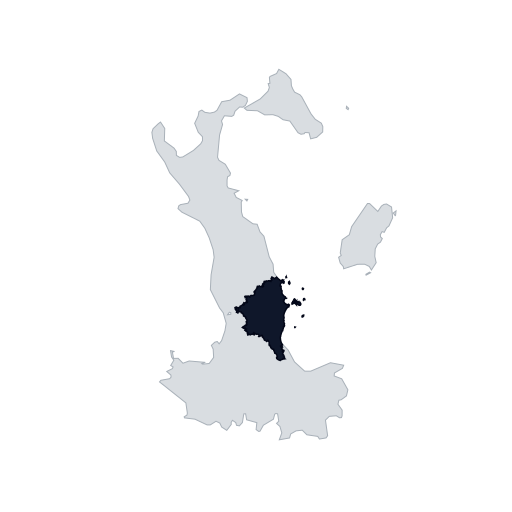 location of Toscana, Siena, Italy, rotated 207°
{"feature_id": "23120603B95153686365028", "entity_name": "Toscana", "entity_type": "district", "adm_level": 2, "iso_a3": "ITA", "parent_name": "Italy", "parent_adm1": "Siena", "projection": "mercator", "projection_center": [10.807, 43.355], "detail": "fine", "context": "in_parent", "style": "filled", "palette": "ink", "viewbox_px": 512, "rotation_deg": 207, "n_neighbors": 0, "source": "geoboundaries", "source_scale": "gbopen_adm2", "svg_char_len": 9735}
<svg xmlns="http://www.w3.org/2000/svg" viewBox="0 0 512 512"><g transform="rotate(207 256 256)"><path d="M116.4,121.7L119.1,123.3L129.5,119.8L135.7,121.8L140.9,118.4L144.3,113.2L143.5,109.1L151.8,102.8L152.7,110.1L157.3,115.0L161.7,116.2L160.7,119.1L165.1,125.2L166.9,124.6L167.5,123.5L166.4,118.5L172.6,108.6L172.9,101.7L174.0,100.9L177.1,101.4L179.6,107.9L190.0,105.8L193.6,110.7L195.2,109.8L192.5,101.4L193.7,97.1L196.5,96.3L198.4,98.4L202.4,98.9L202.6,96.4L201.6,94.7L202.9,87.4L208.9,88.0L212.4,90.7L216.6,90.6L220.1,84.7L222.9,83.3L236.3,82.9L246.2,79.3L247.0,80.1L245.3,82.9L245.8,84.8L251.8,93.3L284.8,100.0L284.3,102.1L277.2,107.5L276.7,109.5L277.8,111.3L283.1,112.6L279.4,117.6L279.5,119.5L282.3,119.7L281.9,125.8L285.4,127.7L289.2,132.9L285.3,133.9L286.9,132.5L283.0,127.3L278.9,129.5L272.4,127.3L267.9,132.1L252.9,138.2L255.5,135.5L254.4,135.4L248.9,139.0L247.7,146.4L251.9,153.6L255.2,156.1L253.6,160.5L251.7,162.2L249.0,161.0L248.2,164.9L249.7,175.2L252.0,182.5L259.4,190.5L264.8,193.1L281.4,205.3L287.5,218.9L292.7,235.8L297.0,242.1L306.0,251.0L314.2,257.5L321.9,261.5L341.9,261.4L347.0,262.8L347.6,265.6L346.6,267.5L340.6,272.1L340.3,275.8L343.1,278.4L356.7,285.2L370.6,290.9L380.0,298.3L392.1,304.5L401.5,313.9L404.9,318.9L405.5,322.7L403.2,329.3L401.9,332.0L395.2,328.2L389.9,316.9L378.0,314.9L374.5,313.0L372.6,309.5L368.8,309.2L366.2,311.0L359.7,321.6L356.2,330.8L356.0,334.4L357.9,338.0L363.6,340.0L370.9,346.4L371.1,354.4L372.4,358.9L370.5,361.4L366.8,360.8L361.9,362.4L358.4,365.3L356.9,368.1L356.6,377.9L349.9,383.0L344.3,392.9L335.9,393.0L333.9,389.9L333.8,385.4L335.3,382.6L338.3,381.3L340.4,375.5L339.8,371.3L341.0,369.4L347.8,366.6L348.1,360.7L345.5,358.0L343.4,347.3L335.1,326.5L332.4,324.4L325.0,323.8L316.4,318.3L315.8,315.9L317.3,313.7L316.3,310.6L313.6,305.3L311.7,304.0L301.0,306.3L304.0,302.0L300.2,299.2L293.5,299.2L293.6,297.3L288.9,288.6L285.7,285.1L273.4,283.3L269.4,284.8L263.4,279.3L257.9,277.2L243.9,261.3L237.1,256.5L232.8,249.5L224.2,244.9L220.3,246.0L219.3,245.1L221.4,243.8L221.0,241.1L215.2,234.1L211.8,231.8L209.4,227.3L204.5,226.2L204.7,218.1L202.8,212.3L199.6,207.3L197.7,195.5L196.3,192.2L192.7,189.6L184.7,186.8L173.6,179.1L160.4,175.5L155.0,178.2L141.2,194.7L128.3,198.5L128.0,195.1L133.0,187.4L131.9,184.6L123.9,185.5L113.4,178.5L111.9,172.4L114.9,166.5L116.7,165.1L115.7,161.1L109.3,157.8L106.7,152.6L106.5,150.8L108.1,149.8L111.9,150.1L117.9,146.4L119.6,141.3L110.6,128.4L111.0,125.7L116.4,121.7ZM254.2,193.8L254.7,190.7L252.0,192.6L252.7,194.1L254.2,193.8ZM333.6,382.5L323.5,397.9L320.1,408.3L320.6,412.2L323.4,415.1L322.0,416.2L325.1,421.1L325.0,422.4L320.5,427.9L320.4,432.7L312.0,432.0L305.0,429.2L301.7,423.7L298.9,421.4L296.0,419.5L290.0,419.6L287.4,418.5L271.5,407.6L265.3,404.7L258.1,404.0L255.2,401.6L252.9,396.8L255.8,389.3L260.5,385.2L264.7,389.9L268.4,388.3L268.6,386.8L271.2,384.9L274.5,384.9L287.1,391.6L293.7,389.7L299.6,390.5L305.1,389.6L312.3,385.7L320.6,386.1L330.2,381.7L333.6,382.5ZM182.3,296.9L186.6,309.6L182.5,317.3L184.1,325.6L180.5,353.4L178.6,354.3L167.7,351.0L166.9,357.4L165.5,360.0L163.3,361.6L157.5,361.2L151.6,352.1L151.2,343.1L152.4,340.5L152.5,335.3L154.7,335.0L154.9,331.4L153.6,329.5L151.4,328.9L151.4,324.9L153.0,321.8L153.0,316.5L150.0,309.6L145.9,304.6L146.8,295.9L150.3,298.1L155.5,298.0L161.8,294.7L172.1,284.4L173.4,286.2L177.8,288.0L181.8,292.4L180.3,295.2L182.3,296.9ZM201.5,230.0L202.4,232.1L202.1,235.0L200.0,233.3L194.8,234.0L194.3,232.5L200.6,231.2L201.5,230.0ZM153.2,356.6L151.7,359.8L150.1,355.6L150.3,355.1L153.2,356.6ZM149.8,289.6L147.5,293.2L146.3,293.1L149.2,288.9L149.8,289.6ZM243.3,430.5L240.5,429.7L240.4,428.2L242.6,428.5L243.3,430.5ZM291.4,301.7L289.1,302.7L289.1,300.9L291.4,301.7Z" fill="#d9dde1" stroke="#a8b0b8" stroke-width="1"/><path d="M192.0,188.8L192.6,189.4L192.4,189.2L192.5,189.1L192.6,189.3L193.2,189.4L195.0,191.0L196.2,192.6L197.5,194.7L197.6,195.4L197.4,195.2L198.1,196.8L198.5,199.5L198.7,201.3L198.3,201.6L198.6,202.4L199.1,205.2L198.9,205.8L199.2,205.5L199.2,204.9L199.3,205.3L199.6,204.9L199.5,205.3L199.0,205.8L199.0,206.0L199.2,205.8L199.1,206.0L198.9,206.3L199.5,207.2L199.9,208.7L201.1,209.5L201.6,210.4L201.7,211.2L202.3,211.3L202.7,212.9L202.2,212.8L202.7,212.9L202.8,212.9L203.1,214.0L204.2,215.1L204.7,216.4L205.1,219.3L205.1,221.9L204.7,224.4L204.4,224.7L204.5,225.1L204.3,225.4L204.0,225.3L203.7,225.5L204.0,227.5L205.2,227.8L205.5,227.5L205.3,227.6L205.2,227.3L205.4,227.4L205.7,226.9L205.4,227.0L205.7,226.8L207.8,226.7L209.4,227.1L211.0,228.2L211.4,229.0L210.9,229.6L211.0,230.9L210.7,231.7L210.0,231.9L210.1,231.7L209.9,231.9L211.3,232.9L213.2,233.1L215.5,234.1L216.4,235.2L217.0,236.8L218.9,237.9L218.8,238.4L219.3,238.8L219.8,240.3L220.1,240.5L220.3,240.2L220.7,240.1L221.2,240.9L221.6,242.3L221.1,244.2L220.8,244.5L219.9,244.5L219.4,244.1L219.1,244.7L218.9,244.7L219.2,245.9L219.9,246.2L220.6,246.7L220.6,247.0L220.9,246.8L221.5,246.9L221.6,246.4L222.1,246.1L221.9,245.9L222.1,245.8L222.1,245.6L221.9,245.6L222.0,245.4L222.8,245.1L223.6,245.1L224.1,245.5L225.6,245.7L228.1,246.5L228.2,246.1L228.1,245.9L228.8,245.2L229.1,244.3L232.3,244.5L232.3,242.7L231.6,242.4L231.5,242.0L230.9,241.7L231.1,241.1L231.6,240.8L231.4,240.6L231.5,240.5L231.3,240.0L231.9,239.9L232.2,240.3L232.5,239.9L233.0,240.0L233.9,239.5L233.9,239.0L234.7,238.5L235.3,238.6L235.7,238.0L235.7,237.5L236.4,237.7L237.2,237.0L236.9,236.5L236.5,236.4L236.6,235.8L236.3,235.1L237.0,235.2L237.4,233.9L236.4,233.4L236.5,233.1L235.6,232.5L235.7,231.9L236.3,231.3L237.1,232.2L237.3,231.2L238.2,230.7L239.3,230.8L239.2,230.5L239.8,230.3L240.2,229.6L241.0,229.6L240.9,228.5L240.3,228.4L240.3,227.6L240.7,226.9L240.7,225.9L241.5,223.3L241.3,222.9L240.9,222.7L240.4,223.3L240.0,222.5L240.2,221.9L239.8,220.7L240.0,220.6L240.1,220.0L241.7,218.8L242.5,218.7L243.1,217.2L242.8,216.6L243.2,216.4L244.3,217.0L245.0,216.3L245.7,216.3L246.4,215.7L247.2,215.4L247.6,214.9L246.9,214.2L246.4,215.4L245.3,215.0L245.1,214.5L245.4,213.8L245.1,212.7L244.5,212.2L243.9,212.5L243.9,211.2L242.8,211.3L242.6,210.7L243.4,209.9L244.0,210.1L244.6,209.2L245.2,208.7L245.6,208.8L245.6,208.5L244.4,207.8L244.3,207.4L244.7,206.7L244.9,206.8L245.5,206.6L245.8,206.8L246.1,205.7L247.4,203.9L246.6,202.8L247.8,202.4L248.3,201.8L248.1,201.5L248.9,201.7L249.5,201.3L249.7,200.9L249.5,200.1L249.7,199.8L250.1,201.1L249.9,201.6L250.4,201.6L250.3,200.6L251.0,200.8L251.3,200.5L250.2,199.1L249.1,198.6L248.4,198.7L248.2,199.0L247.7,198.8L247.2,198.8L246.9,199.7L246.1,198.7L243.7,199.4L243.3,198.8L243.0,199.0L242.1,198.5L241.6,198.7L240.8,198.2L240.6,197.7L239.9,197.6L239.7,196.9L239.1,197.1L238.6,196.8L237.9,197.1L237.4,196.8L236.6,195.7L235.2,195.1L234.6,194.3L234.9,193.1L234.0,192.6L234.2,191.9L233.2,191.2L233.0,190.7L233.2,190.4L233.1,190.2L233.5,190.1L233.3,189.7L233.9,189.6L234.3,189.1L234.3,188.5L235.3,187.3L235.7,186.1L233.9,186.0L233.8,186.3L233.1,186.9L232.9,186.4L232.2,186.1L231.5,186.4L231.6,186.0L231.9,185.9L232.0,185.5L232.3,185.3L232.3,184.8L231.2,184.7L230.9,184.5L230.5,185.0L229.4,184.6L228.9,184.1L229.1,184.0L228.9,183.9L228.5,183.9L228.5,183.6L228.3,183.7L228.0,183.3L228.2,182.9L228.1,182.6L227.4,181.9L226.3,183.3L225.4,183.1L225.1,183.3L224.9,184.0L224.2,184.3L223.8,184.9L222.8,184.8L221.7,185.0L221.7,185.3L222.3,185.9L223.3,186.3L223.4,186.7L223.0,186.9L220.8,186.4L220.0,186.5L219.0,187.2L218.0,187.2L216.8,186.5L217.1,185.9L217.1,185.5L216.9,185.5L216.2,186.0L215.6,187.2L214.7,188.1L214.3,188.1L214.2,188.0L214.3,187.4L214.0,187.1L213.6,186.8L212.9,186.9L212.8,186.5L211.8,186.2L210.3,184.9L208.3,185.0L207.7,184.7L207.2,185.4L207.3,186.1L206.5,186.3L206.1,185.7L204.8,184.9L204.6,183.9L203.8,183.2L204.0,182.7L203.7,182.5L203.3,182.2L202.4,182.4L201.0,180.9L200.2,180.9L199.3,180.4L197.9,180.9L197.2,179.8L196.3,179.3L195.1,177.9L194.0,178.2L191.8,176.7L191.3,176.1L191.7,175.2L191.4,174.6L190.9,174.6L190.8,174.0L189.0,173.7L187.0,173.9L186.9,174.4L185.4,176.1L185.5,176.6L185.1,176.6L185.0,177.0L184.4,176.9L183.6,177.5L184.2,177.6L184.7,178.8L185.3,179.0L185.6,179.6L186.6,180.4L186.9,180.3L187.8,180.8L188.0,181.5L187.9,182.1L188.4,182.5L187.9,183.5L188.1,184.0L188.8,183.0L189.2,183.0L189.4,183.3L189.9,183.4L189.5,183.5L188.8,184.5L190.9,184.5L191.1,185.3L190.9,185.5L191.4,186.2L191.4,186.6L191.1,186.9L191.4,187.1L192.1,186.1L192.7,186.3L193.3,186.9L193.1,187.5L192.4,188.0L192.0,188.8ZM202.0,229.5L201.4,230.2L201.1,231.1L200.6,231.4L200.5,232.0L200.1,232.1L199.4,231.8L199.9,231.4L199.0,231.3L198.2,231.0L198.5,231.4L198.1,231.6L198.3,231.9L197.8,232.0L197.7,232.4L196.2,231.6L195.9,231.8L195.1,231.7L194.2,232.3L194.1,233.1L194.6,234.0L195.5,234.5L195.4,234.3L196.2,234.1L197.5,234.5L197.5,233.9L197.7,233.7L198.8,234.2L198.9,233.6L199.1,233.4L199.4,233.4L199.6,234.2L199.7,233.9L199.6,233.4L200.2,233.2L200.6,233.4L201.0,234.8L201.5,235.1L201.9,234.9L202.2,235.2L202.5,234.8L202.5,234.2L201.8,233.9L201.9,233.5L201.3,233.4L202.5,232.7L202.4,232.2L202.6,232.0L202.3,231.4L202.7,230.4L202.0,229.5ZM214.4,246.3L213.7,246.1L213.8,246.8L213.4,246.7L213.4,247.3L213.8,247.3L214.7,248.5L215.0,248.0L214.7,247.3L214.9,247.2L214.4,246.3ZM187.1,222.6L186.5,223.3L186.5,223.8L186.3,224.3L186.7,225.0L187.5,224.2L187.7,223.6L187.6,223.3L187.4,223.4L187.4,222.9L187.1,222.6ZM246.3,197.0L246.3,197.6L246.7,198.2L247.0,198.4L247.3,197.9L248.1,197.9L247.8,197.0L247.4,197.2L246.3,197.0ZM193.5,238.2L193.5,239.0L193.2,239.3L192.7,239.3L192.8,239.7L193.8,240.0L194.1,239.7L194.1,239.2L193.7,238.8L193.8,238.3L193.5,238.2ZM199.8,247.7L199.1,247.4L198.9,247.5L198.8,248.0L198.9,248.5L199.5,248.6L199.5,248.4L199.9,248.3L199.8,247.7ZM219.5,250.3L219.0,250.7L219.5,251.2L219.4,250.7L219.7,250.7L219.5,250.3ZM189.0,209.9L188.8,210.0L188.7,210.5L189.2,210.4L189.0,209.9Z" fill="#0f172a" stroke="#020617" stroke-width="1.5"/></g></svg>